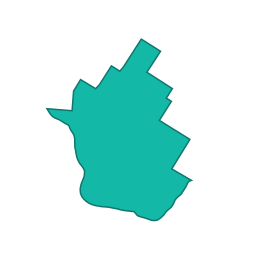 outline of Lawrence, Ohio, United States of America, rotated 28°
{"feature_id": "52423323B32939129903827", "entity_name": "Lawrence", "entity_type": "district", "adm_level": 2, "iso_a3": "USA", "parent_name": "United States of America", "parent_adm1": "Ohio", "projection": "natural_earth1", "projection_center": [-82.537, 38.626], "detail": "fine", "context": "isolated", "style": "filled", "palette": "teal", "viewbox_px": 256, "rotation_deg": 28, "n_neighbors": 0, "source": "geoboundaries", "source_scale": "gbopen_adm2", "svg_char_len": 1187}
<svg xmlns="http://www.w3.org/2000/svg" viewBox="0 0 256 256"><g transform="rotate(28 128 128)"><path d="M98.0,43.3L95.3,76.1L94.1,81.7L84.2,80.9L82.4,103.4L80.9,108.5L63.4,107.5L62.6,120.9L70.5,139.0L65.0,141.4L47.4,149.0L52.3,151.9L55.4,153.1L58.6,153.5L63.4,153.0L70.7,153.5L73.3,153.4L75.2,154.0L76.8,155.5L78.5,156.7L82.8,159.1L83.8,159.9L85.8,162.3L90.2,170.0L93.3,173.7L93.3,173.8L95.9,177.1L98.5,179.6L101.7,181.8L104.2,182.9L105.9,183.7L107.6,184.6L109.0,185.6L110.1,186.8L110.7,188.1L112.0,191.2L113.0,199.7L114.2,203.8L115.2,205.7L116.8,208.1L119.3,210.1L120.2,210.6L122.6,211.6L125.2,212.3L127.4,212.6L128.5,212.7L131.5,212.6L134.7,212.0L134.8,212.0L141.4,209.9L147.8,207.1L156.0,204.6L159.8,203.7L163.2,202.7L163.7,202.5L172.7,199.0L177.3,200.9L179.7,200.7L186.3,199.3L192.3,198.4L195.4,197.0L197.4,195.2L199.1,192.0L200.4,188.1L200.8,185.0L201.4,182.3L202.7,179.5L203.4,177.3L203.7,174.3L203.4,169.2L203.8,167.1L204.6,164.8L205.3,163.3L206.0,161.3L206.7,153.0L206.5,148.3L206.6,147.3L207.3,145.9L208.6,144.5L185.8,143.6L188.0,109.0L152.1,106.6L153.8,84.1L147.8,83.6L148.7,72.4L118.5,69.9L120.7,45.0L98.0,43.3Z" fill="#14b8a6" stroke="#0f766e" stroke-width="1.5"/></g></svg>